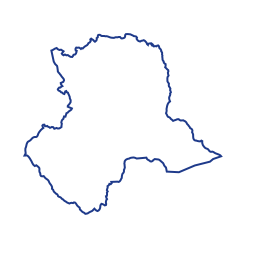 Livramento de Nossa Senhora, Bahia, Brazil (Albers equal-area conic projection), rotated 191°
{"feature_id": "56859067B83597278126172", "entity_name": "Livramento de Nossa Senhora", "entity_type": "district", "adm_level": 2, "iso_a3": "BRA", "parent_name": "Brazil", "parent_adm1": "Bahia", "projection": "albers", "projection_center": [-41.976, -13.8], "detail": "fine", "context": "isolated", "style": "outline", "palette": "blue", "viewbox_px": 256, "rotation_deg": 191, "n_neighbors": 0, "source": "geoboundaries", "source_scale": "gbopen_adm2", "svg_char_len": 5895}
<svg xmlns="http://www.w3.org/2000/svg" viewBox="0 0 256 256"><g transform="rotate(191 128 128)"><path d="M135.9,68.2L135.6,69.6L134.3,69.5L133.5,70.7L134.1,71.9L128.2,73.3L126.8,73.3L125.9,74.2L125.4,75.2L125.1,76.4L124.6,77.8L124.8,79.4L124.8,80.8L124.7,81.9L123.8,83.5L123.7,84.8L124.0,86.1L123.7,87.2L123.6,88.8L124.1,90.2L124.3,91.2L124.8,92.4L124.8,93.7L124.9,94.7L124.2,96.2L123.4,97.0L122.3,97.7L121.0,98.2L120.1,99.0L119.2,99.4L118.3,99.7L117.0,100.1L115.6,100.1L113.6,99.7L104.3,102.4L103.3,101.1L102.3,100.6L101.0,100.2L99.7,99.5L98.6,99.6L97.6,100.3L97.0,101.4L95.8,102.6L94.5,102.7L92.1,102.9L91.1,102.7L86.8,100.2L86.1,99.3L85.3,98.1L84.4,97.3L83.2,96.5L82.4,94.6L82.0,93.5L81.6,92.6L69.6,94.3L55.2,104.0L52.6,105.2L41.1,110.6L38.5,113.8L31.2,118.0L32.2,118.8L33.9,119.3L35.7,119.6L37.0,119.8L38.1,120.1L39.5,120.7L40.7,120.9L42.0,120.4L43.4,120.7L44.4,121.6L45.7,122.6L47.1,122.8L48.3,123.1L49.2,123.7L50.2,124.5L51.3,125.6L52.3,127.5L52.6,129.3L53.6,129.6L54.4,128.7L55.4,128.5L57.5,128.5L58.6,128.7L59.6,128.5L61.1,129.2L62.0,130.6L62.5,132.4L62.8,133.9L63.4,135.0L64.3,136.1L64.2,137.5L64.6,138.4L65.5,139.3L66.9,139.7L67.8,140.9L68.6,141.5L69.5,142.4L70.7,143.2L71.9,144.7L73.2,145.5L74.2,145.7L75.1,146.1L77.8,145.4L79.1,145.8L79.9,146.3L81.3,146.0L82.9,144.9L83.9,144.4L85.1,143.6L86.4,144.5L87.7,145.1L88.6,146.0L89.5,146.4L90.8,146.6L91.5,147.2L92.3,148.3L93.5,149.8L93.3,151.1L93.4,152.5L93.8,154.0L93.8,155.3L93.8,157.0L93.7,158.1L93.5,159.2L92.9,160.8L91.8,162.1L92.8,163.7L93.4,165.4L93.3,166.9L93.0,167.8L92.9,168.9L93.3,170.0L92.7,171.2L93.2,172.2L93.9,173.2L93.9,174.7L94.9,176.0L95.7,176.6L96.1,177.6L96.3,179.4L97.5,180.5L98.2,181.4L98.8,184.1L98.9,185.5L98.2,187.2L98.9,188.5L99.4,189.9L99.2,191.4L99.6,192.5L100.6,193.0L102.0,194.0L103.1,194.7L102.9,196.1L103.3,197.9L104.4,198.3L105.3,199.0L105.7,200.2L106.5,200.8L107.1,201.6L107.5,203.2L108.0,204.6L108.0,205.6L108.6,206.6L108.7,207.6L109.0,208.7L110.0,209.5L110.2,210.5L111.1,211.6L112.3,212.3L113.3,214.2L114.1,214.8L115.1,214.4L115.6,213.6L117.2,213.6L118.1,213.0L119.0,213.5L120.0,213.5L121.1,214.6L120.2,215.0L121.3,215.6L122.7,215.2L124.3,214.5L124.3,213.4L125.3,214.0L126.1,215.3L127.0,216.0L128.1,216.8L129.3,217.2L130.3,216.6L131.6,216.1L132.6,215.2L134.3,215.4L135.5,216.1L136.6,217.2L136.4,218.4L137.4,219.3L139.0,219.4L139.9,219.3L141.0,219.8L142.2,220.0L143.4,220.4L145.9,220.2L147.0,220.0L148.0,219.7L148.5,218.7L148.3,217.0L148.7,216.0L149.7,215.3L150.6,214.9L151.6,214.7L152.4,215.2L153.2,215.8L154.4,215.6L155.7,215.0L157.5,214.7L159.0,213.8L160.4,213.6L161.4,213.5L162.6,213.5L165.4,214.0L166.7,214.0L167.8,213.7L168.8,213.8L170.3,213.5L171.7,213.3L172.5,213.8L173.5,214.1L174.9,213.7L175.2,212.6L175.0,211.2L175.9,210.3L175.6,209.1L175.7,207.9L176.9,206.4L177.9,206.9L178.8,207.7L180.1,208.2L181.2,208.7L181.9,207.8L181.2,206.4L181.8,204.8L183.1,203.7L183.3,202.7L183.9,201.6L185.9,199.8L186.9,198.5L187.6,197.4L188.7,197.5L189.3,196.6L190.1,197.1L191.5,197.6L193.1,197.1L194.1,197.1L194.6,196.1L194.5,195.0L194.1,194.1L193.1,194.0L193.1,192.7L193.3,191.3L193.8,190.2L195.4,189.5L195.7,188.3L196.3,187.1L198.0,186.9L199.2,187.3L201.0,188.1L202.4,187.6L203.9,188.1L205.1,187.1L206.4,187.6L207.2,188.4L206.5,189.8L205.9,191.0L207.2,191.5L208.7,192.1L210.2,191.5L212.1,192.0L213.3,192.9L214.8,192.0L215.9,191.0L217.0,190.0L218.0,189.4L213.5,178.9L212.8,178.2L212.1,177.2L211.0,176.4L209.5,175.4L209.0,174.3L207.9,171.1L207.7,170.2L206.8,169.2L205.7,168.5L205.0,167.7L204.2,167.2L203.1,166.0L202.0,165.1L201.1,164.4L200.3,163.6L199.9,162.6L200.3,161.0L201.5,160.1L202.6,159.4L202.3,158.4L201.4,157.4L200.4,156.6L201.3,155.9L202.1,154.8L203.2,154.6L203.8,153.7L204.3,152.6L203.6,151.7L202.7,151.4L201.5,151.1L200.5,150.3L199.4,150.2L198.0,149.3L197.0,149.2L196.7,150.6L196.6,151.9L195.7,152.5L194.8,151.4L193.7,151.2L193.1,150.2L192.4,149.3L191.8,148.4L191.2,147.5L190.7,145.9L189.6,144.4L189.3,142.4L189.8,141.0L190.5,139.6L191.3,138.4L191.2,137.4L186.8,136.5L187.1,135.3L187.9,134.3L188.8,133.5L189.6,132.5L190.1,131.6L191.3,130.7L191.3,129.4L191.5,128.4L191.6,127.2L193.0,127.1L193.2,124.6L193.8,123.9L194.3,123.0L194.5,121.8L194.5,120.5L193.8,119.7L193.7,117.4L193.5,116.3L194.5,115.2L195.6,114.4L196.9,114.1L198.2,114.4L199.1,113.8L200.2,113.2L201.5,114.5L202.9,114.5L203.7,113.9L204.6,113.3L205.6,113.8L206.7,114.0L207.7,114.6L208.6,114.1L209.8,114.0L210.7,115.3L211.9,115.0L212.5,114.1L211.9,112.8L211.1,111.9L212.1,110.8L213.1,109.5L213.9,108.0L214.5,106.8L215.0,105.2L215.2,103.7L215.6,102.4L216.5,101.6L217.8,101.4L219.0,100.8L219.9,99.9L220.7,98.6L221.3,97.6L222.0,96.8L223.7,95.3L224.1,94.3L224.4,92.9L224.5,90.0L224.8,88.3L224.5,86.4L223.6,83.6L224.0,82.4L224.3,81.2L223.3,81.4L222.3,81.8L221.4,81.6L220.2,80.9L219.1,79.9L218.3,79.1L216.2,76.7L215.6,75.8L214.7,74.7L213.7,73.7L212.2,72.9L210.9,73.9L209.9,73.4L208.3,72.5L207.5,71.8L207.1,70.9L206.9,69.3L206.5,68.0L205.5,66.8L205.0,65.1L204.1,64.2L202.9,64.2L201.6,64.7L200.5,63.8L199.3,62.9L197.1,61.9L196.2,61.3L195.6,60.6L195.0,59.7L194.1,58.6L192.9,57.6L191.8,56.4L191.2,55.4L191.0,53.8L189.7,53.1L189.1,52.0L188.0,50.9L187.1,50.5L186.0,49.7L184.8,49.4L184.1,48.6L183.6,47.7L182.5,47.3L181.2,47.1L180.2,46.6L179.3,45.8L178.3,45.6L177.5,45.0L176.3,44.3L175.2,44.0L173.5,43.2L171.1,42.7L170.1,43.4L169.1,43.8L167.6,43.8L166.9,44.6L165.9,44.7L164.9,44.1L164.1,43.3L163.1,42.2L161.9,41.4L160.3,40.6L159.6,38.8L158.5,38.2L157.5,37.4L156.3,36.8L154.8,36.4L153.5,35.6L152.4,36.0L151.3,36.5L150.3,37.5L149.0,38.6L148.1,39.2L147.2,39.9L145.6,42.4L144.5,41.6L143.2,40.9L142.0,40.7L141.1,41.5L140.4,42.7L140.1,44.4L140.2,45.4L140.3,46.9L139.6,48.5L138.3,48.4L137.1,48.1L136.1,47.6L135.0,48.1L134.9,49.2L135.3,50.1L135.6,51.1L135.6,52.0L135.5,53.3L135.0,54.2L135.9,55.3L136.6,56.8L135.8,57.4L135.9,58.9L136.4,60.7L135.8,61.8L136.9,63.0L136.8,64.3L136.6,65.6L137.0,67.0L135.9,68.2Z" fill="none" stroke="#1e3a8a" stroke-width="2"/></g></svg>